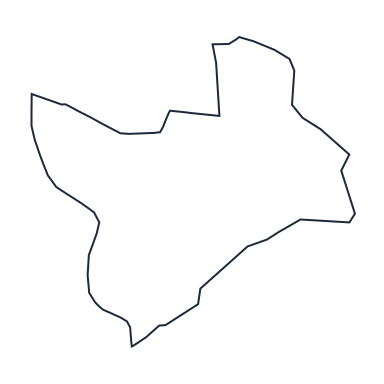 the district of Um Dukhun, Central Darfur, Sudan, rotated 92°
{"feature_id": "16777658B96624341658613", "entity_name": "Um Dukhun", "entity_type": "district", "adm_level": 2, "iso_a3": "SDN", "parent_name": "Sudan", "parent_adm1": "Central Darfur", "projection": "albers", "projection_center": [23.084, 11.374], "detail": "fine", "context": "isolated", "style": "outline", "palette": "slate", "viewbox_px": 384, "rotation_deg": 92, "n_neighbors": 0, "source": "geoboundaries", "source_scale": "gbopen_adm2", "svg_char_len": 1341}
<svg xmlns="http://www.w3.org/2000/svg" viewBox="0 0 384 384"><g transform="rotate(92 192 192)"><path d="M35.5,150.2L38.4,153.8L42.6,160.1L42.8,160.7L43.7,176.6L53.4,174.4L62.1,172.4L114.7,167.3L115.0,167.3L113.0,197.5L112.8,198.6L111.5,216.8L114.1,218.1L121.6,221.0L127.7,223.1L133.4,226.0L133.7,228.4L134.3,232.0L135.6,250.4L136.1,256.9L135.8,265.8L134.5,268.3L130.6,276.6L126.8,284.4L120.7,296.5L115.4,307.9L109.0,320.9L108.8,322.9L109.2,325.2L109.0,325.8L99.7,355.6L100.3,355.6L100.5,355.6L101.5,355.6L109.5,355.4L117.1,355.2L119.4,355.1L131.6,354.7L145.6,350.9L151.2,348.7L160.5,345.2L162.8,344.2L169.4,341.5L180.5,336.6L184.9,333.1L191.8,327.8L196.4,320.2L200.4,313.5L202.9,309.2L204.3,306.9L207.4,301.7L208.4,300.2L209.8,298.1L212.9,293.4L215.9,289.1L225.6,283.6L236.8,285.8L258.8,292.9L266.8,293.1L278.7,293.4L296.4,291.2L305.3,285.2L306.3,284.3L308.0,282.5L310.7,279.4L312.5,277.1L313.1,275.9L315.7,269.3L318.1,263.5L319.6,259.7L320.3,258.3L323.6,252.5L329.4,249.1L344.5,247.4L348.5,246.8L348.3,246.2L343.2,239.0L338.7,232.8L326.6,220.1L326.0,213.9L303.9,182.0L288.3,180.3L267.8,158.9L244.4,134.5L237.0,115.6L228.6,103.4L215.7,82.6L216.9,33.6L208.0,28.4L165.4,43.6L149.1,36.1L124.8,65.6L114.0,84.1L101.4,95.1L67.2,94.0L55.7,99.1L47.1,114.5L39.2,135.7L36.3,147.3L35.5,150.2Z" fill="none" stroke="#1e293b" stroke-width="2"/></g></svg>